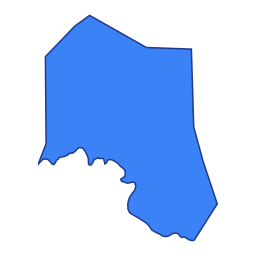 outline of Mo'ron, Hövsgöl, Mongolia
{"feature_id": "93677404B66581444592765", "entity_name": "Mo'ron", "entity_type": "district", "adm_level": 2, "iso_a3": "MNG", "parent_name": "Mongolia", "parent_adm1": "Hövsgöl", "projection": "albers", "projection_center": [100.131, 49.637], "detail": "fine", "context": "isolated", "style": "filled", "palette": "blue", "viewbox_px": 256, "rotation_deg": 0, "n_neighbors": 0, "source": "geoboundaries", "source_scale": "gbopen_adm2", "svg_char_len": 1419}
<svg xmlns="http://www.w3.org/2000/svg" viewBox="0 0 256 256"><path d="M194.2,240.2L217.2,204.0L217.3,204.0L202.7,160.1L202.7,159.9L193.8,127.2L193.7,127.0L191.4,49.1L146.4,47.5L89.6,15.4L74.8,26.1L74.6,26.3L45.4,56.7L46.1,143.8L38.7,162.8L38.7,163.3L38.7,163.7L39.7,162.4L41.3,161.0L43.1,159.1L45.3,159.1L46.8,159.1L48.3,159.8L50.2,161.8L51.2,163.0L52.4,164.2L54.0,164.5L54.7,163.6L55.6,162.3L56.4,160.4L58.0,159.2L59.5,157.3L61.7,156.9L64.3,156.6L65.8,155.8L68.0,154.9L68.4,153.8L70.4,153.5L69.2,153.4L70.4,153.2L72.2,153.2L74.0,152.3L76.2,150.3L77.1,149.1L78.8,147.6L81.4,147.8L83.0,148.3L84.3,150.1L85.3,151.5L87.9,157.1L88.3,158.8L88.4,161.6L88.6,164.2L89.4,165.0L91.1,165.0L92.7,162.9L94.1,159.7L95.7,158.8L98.0,157.9L99.9,158.6L102.7,158.2L103.7,159.5L104.1,160.6L104.9,163.9L106.3,163.0L107.7,160.1L110.5,159.5L113.7,160.6L118.2,163.6L120.0,166.0L123.5,168.6L125.1,170.8L125.3,173.7L124.8,176.4L122.8,177.8L120.9,178.9L120.8,179.6L121.5,181.2L124.7,182.3L127.5,183.2L129.3,182.9L133.4,182.0L134.8,182.8L135.9,186.3L134.6,190.3L132.4,193.1L129.9,196.7L129.1,198.5L128.4,201.1L127.8,203.8L128.0,209.2L129.6,212.7L131.7,214.1L139.0,218.3L144.9,222.1L148.3,224.9L151.9,230.1L156.1,232.5L159.8,234.2L162.8,236.1L166.1,236.6L169.4,235.7L172.3,233.6L176.3,233.1L178.7,234.1L180.1,236.4L181.9,237.5L184.4,236.9L186.7,238.3L189.2,239.9L192.2,240.6L194.2,240.2Z" fill="#3b82f6" stroke="#1e3a8a" stroke-width="1.5"/></svg>